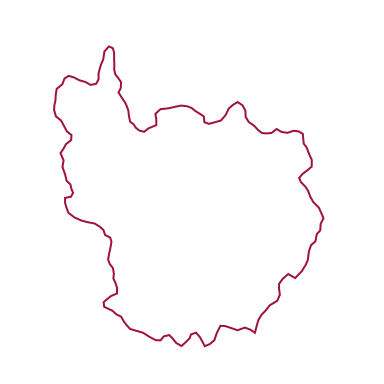 Carmésia, Minas Gerais, Brazil (orthographic projection), rotated 83°
{"feature_id": "56859067B47042925526830", "entity_name": "Carmésia", "entity_type": "district", "adm_level": 2, "iso_a3": "BRA", "parent_name": "Brazil", "parent_adm1": "Minas Gerais", "projection": "orthographic", "projection_center": [-43.185, -19.056], "detail": "fine", "context": "isolated", "style": "outline", "palette": "rose", "viewbox_px": 384, "rotation_deg": 83, "n_neighbors": 0, "source": "geoboundaries", "source_scale": "gbopen_adm2", "svg_char_len": 2406}
<svg xmlns="http://www.w3.org/2000/svg" viewBox="0 0 384 384"><g transform="rotate(83 192 192)"><path d="M339.4,146.7L332.5,144.0L327.2,141.7L322.5,138.1L318.5,133.2L313.9,128.6L310.3,120.6L304.7,117.3L298.6,117.4L293.8,116.8L289.5,112.8L285.1,106.5L290.0,100.1L284.0,92.7L277.9,87.8L273.2,85.2L265.4,83.3L259.2,80.3L256.0,75.5L248.9,73.2L245.8,69.4L239.3,68.2L234.1,64.7L229.4,66.0L223.0,68.0L216.7,72.9L211.0,75.2L205.3,76.5L200.5,78.8L195.6,82.6L191.1,84.0L187.5,80.0L184.8,75.3L181.4,70.1L174.8,69.2L168.1,71.3L162.0,72.7L157.6,75.2L152.0,75.1L147.8,74.9L144.9,78.6L143.6,83.6L144.9,90.0L143.3,95.8L139.8,100.3L143.1,105.8L142.9,111.2L142.0,115.4L138.5,118.9L133.7,122.3L129.4,127.2L123.9,129.6L117.8,129.1L112.1,131.3L108.3,135.8L110.5,140.7L113.7,145.4L119.7,149.2L124.6,154.6L125.7,161.7L126.4,166.9L124.3,171.2L118.3,171.1L115.2,174.9L111.9,178.9L108.5,182.2L106.3,186.4L104.9,192.2L105.4,198.6L106.1,205.6L105.9,213.1L109.9,218.8L115.7,218.6L121.3,219.3L123.5,227.4L126.4,232.2L124.6,236.8L121.4,239.9L117.7,241.7L114.8,244.8L109.5,245.3L103.0,245.3L96.2,247.0L89.8,250.2L84.3,252.8L80.0,250.0L74.4,249.0L69.7,251.4L65.9,253.8L61.0,254.3L55.9,253.5L50.3,253.1L44.3,252.3L39.6,253.1L37.4,256.7L41.8,261.8L49.5,263.9L54.8,267.0L58.8,268.7L62.9,270.3L68.8,271.0L73.0,274.0L73.3,279.7L69.8,284.4L67.3,290.3L63.8,295.4L61.7,300.3L63.8,304.7L69.3,307.6L73.2,313.8L78.6,315.3L85.0,316.5L89.0,318.0L93.8,318.9L100.4,317.8L105.0,313.3L110.6,311.1L116.6,308.8L120.8,304.7L125.7,305.6L129.1,311.2L133.3,314.2L137.4,317.8L144.9,315.6L151.4,317.5L159.2,315.8L165.6,315.1L169.6,311.8L174.3,311.3L178.4,310.1L181.9,312.7L182.4,318.7L187.1,319.3L191.8,318.6L197.6,317.2L202.9,311.8L206.9,305.2L209.3,299.1L211.4,292.5L215.4,287.5L219.0,284.5L224.1,283.5L227.2,278.8L231.4,278.0L237.2,279.7L243.2,281.8L248.9,283.5L253.5,282.4L258.0,279.7L263.7,279.5L268.1,280.6L272.7,279.1L277.8,278.1L283.6,278.8L285.4,285.1L288.1,289.5L290.6,293.1L295.2,293.2L297.7,289.4L300.0,285.6L304.1,282.1L307.0,277.6L312.1,275.5L316.2,273.1L320.4,270.1L322.9,264.4L325.6,258.0L330.7,251.7L334.7,246.0L335.4,241.3L331.9,237.7L331.2,232.1L334.8,229.2L339.9,226.1L343.6,221.2L339.9,216.0L336.9,212.2L333.2,210.3L332.1,205.1L337.0,201.8L341.6,200.0L346.6,198.1L345.2,193.1L341.9,187.9L335.0,184.6L328.3,180.1L329.0,175.7L331.8,169.7L334.8,163.7L333.0,156.0L335.9,150.7L339.4,146.7Z" fill="none" stroke="#9f1239" stroke-width="2"/></g></svg>